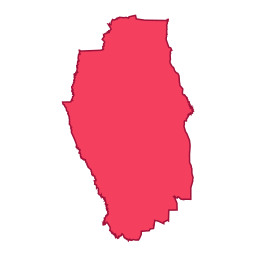 Bukidnon, Bukidnon, Philippines
{"feature_id": "2640588B97736443103823", "entity_name": "Bukidnon", "entity_type": "district", "adm_level": 2, "iso_a3": "PHL", "parent_name": "Philippines", "parent_adm1": "Bukidnon", "projection": "equal_earth", "projection_center": [124.931, 8.005], "detail": "fine", "context": "isolated", "style": "filled", "palette": "rose", "viewbox_px": 256, "rotation_deg": 0, "n_neighbors": 0, "source": "geoboundaries", "source_scale": "gbopen_adm2", "svg_char_len": 5773}
<svg xmlns="http://www.w3.org/2000/svg" viewBox="0 0 256 256"><path d="M166.0,20.5L144.7,20.2L136.3,18.9L135.5,15.4L135.3,15.4L129.0,16.8L128.5,18.1L126.1,17.4L124.1,17.7L119.5,17.3L119.0,17.9L118.2,17.7L117.6,18.6L117.0,18.3L116.7,19.1L116.3,18.9L114.1,20.1L112.6,19.5L111.3,22.0L110.9,24.8L109.6,24.9L109.4,24.1L109.2,24.5L108.2,24.2L110.8,28.4L111.0,29.3L110.1,30.4L108.8,30.7L108.7,31.1L109.2,30.9L109.5,31.4L109.3,32.2L108.8,32.7L107.6,31.8L107.1,32.2L106.8,33.4L105.4,33.4L104.1,34.5L103.6,34.5L103.9,35.3L103.7,35.7L104.2,36.4L102.2,39.4L103.8,40.8L104.7,42.4L103.5,44.0L104.1,45.8L102.8,46.4L102.9,48.6L103.5,49.0L103.2,49.6L100.3,50.3L80.5,51.1L79.6,50.2L79.2,50.3L79.7,52.1L79.3,53.0L79.4,53.5L79.9,53.6L79.9,54.3L78.9,54.1L78.6,54.6L78.1,58.2L78.5,59.3L78.2,60.0L79.0,60.6L78.6,61.5L78.0,61.2L77.7,61.5L77.5,63.7L78.0,64.6L77.4,65.3L76.8,65.4L76.8,66.3L77.2,66.5L76.9,67.6L77.5,67.7L76.8,70.9L77.6,72.2L77.1,72.7L76.4,72.1L75.9,72.3L75.7,73.2L76.0,74.6L75.6,75.2L74.7,74.9L74.4,74.0L74.1,74.2L74.1,74.9L74.7,75.8L74.2,77.1L75.0,77.4L74.3,79.2L74.5,80.2L73.9,80.2L73.8,80.6L74.3,81.9L73.6,82.4L73.6,83.5L72.8,84.6L72.8,85.9L71.8,86.5L71.8,88.0L72.7,89.1L72.0,89.9L71.9,91.0L72.8,90.6L72.6,92.4L73.3,92.7L73.6,93.4L73.4,93.7L73.0,93.0L72.7,94.2L73.5,94.4L73.9,95.0L73.2,96.3L72.7,96.5L72.4,98.5L71.7,99.4L72.1,100.0L71.7,99.9L71.6,100.8L71.1,100.9L70.9,101.7L70.1,102.0L62.6,102.1L63.1,104.2L63.7,104.8L64.3,104.8L65.1,107.0L65.9,107.5L66.6,110.6L67.9,112.1L68.2,113.2L67.8,113.5L67.9,114.0L68.2,114.1L68.9,116.2L69.4,116.7L69.1,118.1L69.6,119.5L69.4,121.6L69.7,122.1L69.3,123.2L69.6,124.0L69.5,124.4L70.1,124.7L71.0,127.2L71.4,127.3L70.7,128.1L71.2,128.8L71.2,129.6L71.8,130.1L71.4,131.0L71.4,132.3L74.7,139.6L76.8,145.3L76.8,146.2L76.5,146.4L76.4,146.0L76.2,146.5L76.3,147.1L76.6,147.0L76.8,147.5L76.8,147.1L76.8,147.6L77.4,147.7L77.4,148.1L78.0,147.8L78.3,149.1L78.7,148.9L79.2,149.8L79.4,149.5L80.0,149.7L79.4,152.0L79.6,152.2L79.1,152.5L79.2,153.3L80.3,153.5L80.6,154.3L80.4,155.1L80.7,156.9L81.1,156.8L81.3,158.1L81.7,157.9L81.8,158.4L83.6,159.7L83.8,159.3L84.6,159.9L84.8,159.5L85.4,159.7L85.7,161.9L86.4,163.0L86.8,163.1L87.1,163.9L86.9,164.5L87.6,165.9L87.9,165.9L88.0,167.0L91.1,169.9L91.2,171.6L91.8,172.1L91.7,173.7L92.0,174.7L92.5,175.1L93.0,174.8L93.0,175.6L94.8,176.3L94.9,178.3L95.9,179.3L95.9,179.9L95.7,179.7L95.0,181.1L94.4,180.9L94.9,182.6L94.7,184.2L96.5,185.2L96.6,187.9L96.9,187.5L98.3,188.2L98.2,189.0L98.6,189.8L98.2,190.5L98.6,192.5L98.2,193.3L99.3,194.7L100.5,195.1L100.7,195.6L101.1,195.0L101.0,196.7L102.2,196.7L102.1,197.3L102.6,197.0L103.3,197.6L103.7,197.5L103.7,198.3L104.7,198.1L104.2,199.2L105.0,199.3L105.2,199.9L104.6,200.9L105.5,200.9L105.8,202.6L105.3,204.0L105.8,204.8L106.2,204.2L106.9,204.6L106.5,205.5L107.2,205.3L106.4,207.0L107.0,207.8L106.8,208.3L106.5,208.1L106.4,208.7L106.7,209.1L107.7,208.8L107.6,209.4L107.0,209.4L106.8,210.0L108.1,211.6L107.8,211.9L107.8,213.0L108.2,213.5L107.9,214.6L107.2,214.5L107.1,215.4L106.6,215.2L105.9,215.8L105.9,216.7L105.5,217.0L105.3,218.0L104.4,218.1L104.5,219.1L105.0,219.9L104.7,220.7L104.0,220.6L103.9,221.6L104.3,222.3L103.9,222.8L103.2,222.6L103.6,223.3L103.0,223.8L103.2,224.7L102.7,225.1L105.1,224.4L105.4,223.1L106.7,222.3L106.7,222.9L107.1,222.8L107.8,223.4L109.9,226.8L110.3,228.6L109.7,230.4L110.6,230.9L111.6,232.5L111.8,232.2L112.0,233.2L112.8,233.0L112.7,233.4L113.5,234.5L114.4,234.1L114.5,234.5L114.7,234.1L115.4,234.0L115.8,235.3L115.5,235.4L115.9,235.8L115.5,236.1L115.4,236.8L115.6,237.4L116.0,236.9L116.8,237.2L117.4,238.1L118.0,237.3L118.0,237.7L118.4,237.9L118.4,237.1L118.8,236.7L119.1,236.9L119.3,236.4L120.8,235.8L121.7,234.4L121.8,234.8L122.3,234.1L123.5,235.3L124.1,237.4L124.7,238.0L125.4,237.9L126.3,239.1L126.6,238.7L127.6,239.2L128.3,240.6L128.6,239.9L128.9,240.1L129.7,239.2L130.0,240.0L131.6,240.3L131.8,239.9L132.5,240.0L132.9,239.5L136.1,240.1L137.9,239.6L138.1,240.1L138.5,239.9L139.4,238.6L141.2,234.5L141.3,231.3L149.2,230.7L150.1,229.0L153.5,228.5L154.1,225.2L153.8,225.1L154.2,224.7L154.3,222.8L154.7,221.7L154.7,220.4L158.3,221.1L163.8,223.7L163.9,222.0L167.6,220.2L168.5,220.9L168.8,210.1L177.1,210.0L176.9,203.1L174.8,198.0L173.7,196.5L174.6,196.2L176.0,197.7L177.3,198.0L177.9,196.8L178.4,196.8L181.0,199.2L182.8,199.2L183.0,199.6L183.4,199.6L183.2,199.2L190.8,199.3L190.8,187.8L192.7,181.1L192.7,179.0L193.1,177.7L191.9,173.5L191.8,168.6L191.3,167.3L191.1,165.6L189.6,162.6L189.5,154.2L190.1,145.7L189.5,140.4L186.7,133.4L185.5,131.8L183.9,126.1L184.4,124.2L184.2,121.8L184.6,120.9L186.4,120.9L186.5,118.5L187.2,118.1L188.1,116.5L188.1,114.7L188.6,114.3L188.9,115.1L189.4,114.1L190.0,114.3L190.1,113.8L190.4,114.1L190.7,113.3L190.9,113.6L190.9,113.2L191.3,113.2L191.6,113.5L192.4,113.1L192.2,112.5L192.5,112.0L192.4,111.3L192.9,111.6L193.4,111.2L192.7,110.7L193.0,110.1L192.5,110.1L192.6,109.3L192.2,109.5L192.3,108.6L191.7,108.2L192.0,107.8L191.5,107.9L191.8,107.6L191.6,107.3L191.7,106.8L191.2,107.1L191.4,106.7L190.9,106.0L190.3,106.6L190.1,105.9L189.6,106.2L189.4,105.6L189.8,105.3L190.0,104.5L189.1,104.3L189.4,103.5L189.2,102.4L188.8,102.4L188.9,102.0L188.3,102.1L188.4,101.5L187.9,101.1L187.6,99.4L187.1,99.0L187.1,98.3L186.8,98.5L186.5,97.2L185.1,96.0L185.1,95.4L184.3,94.8L183.8,95.0L182.7,94.2L182.4,92.3L182.8,88.9L180.0,85.6L179.4,81.7L179.0,75.9L177.9,73.5L176.1,72.6L174.7,70.9L173.6,67.6L172.1,66.5L170.0,62.8L170.0,60.5L170.4,59.7L170.1,54.6L170.6,53.3L170.2,52.2L171.2,50.2L171.7,50.2L170.7,47.9L168.8,47.2L166.2,39.8L166.2,37.5L166.6,36.5L166.5,34.8L166.9,34.5L166.5,34.2L166.8,33.6L166.6,30.6L167.0,29.2L166.7,28.3L166.9,26.1L166.5,25.2L167.3,23.4L167.2,22.8L167.8,21.0L168.0,21.0L168.2,19.4L167.5,19.5L167.7,19.8L167.4,19.9L167.6,20.4L167.3,20.9L166.0,20.5Z" fill="#f43f5e" stroke="#9f1239" stroke-width="1.5"/></svg>